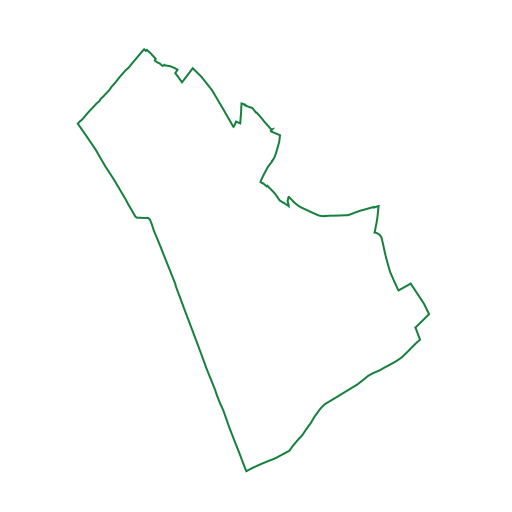 outline of Rafah, Gaza Strip, Palestine, rotated 356°
{"feature_id": "87354302B11532502248212", "entity_name": "Rafah", "entity_type": "district", "adm_level": 2, "iso_a3": "PSE", "parent_name": "Palestine", "parent_adm1": "Gaza Strip", "projection": "robinson", "projection_center": [34.269, 31.284], "detail": "fine", "context": "isolated", "style": "outline", "palette": "green", "viewbox_px": 512, "rotation_deg": 356, "n_neighbors": 0, "source": "geoboundaries", "source_scale": "gbopen_adm2", "svg_char_len": 5841}
<svg xmlns="http://www.w3.org/2000/svg" viewBox="0 0 512 512"><g transform="rotate(356 256 256)"><path d="M165.3,46.7L164.7,46.1L163.9,45.3L163.0,44.5L162.4,43.8L161.4,42.7L160.9,43.0L160.5,43.5L160.3,43.7L158.8,42.0L155.6,45.1L151.8,49.1L146.3,54.7L144.4,56.7L143.1,58.3L141.0,60.1L139.0,61.5L137.2,63.3L132.3,68.2L129.5,71.3L125.9,75.1L123.6,77.2L122.6,78.6L121.0,80.5L119.0,82.3L116.9,84.2L114.7,86.3L112.8,87.7L111.7,88.9L110.9,90.1L109.9,91.1L108.8,91.8L107.7,92.6L104.9,95.3L101.0,98.8L97.7,102.0L94.5,105.3L91.2,108.5L90.4,108.9L89.1,110.0L87.4,111.5L94.5,123.3L103.4,138.6L111.9,156.0L114.1,159.9L114.5,160.6L120.0,170.6L130.1,190.8L132.1,195.4L138.5,208.4L139.7,209.4L146.6,210.2L150.3,210.4L150.8,210.5L151.3,210.7L152.7,212.2L154.2,216.8L155.8,223.3L160.1,236.1L161.5,240.4L161.6,240.6L161.9,241.6L163.7,247.4L163.8,247.7L163.9,248.1L166.8,257.1L167.7,259.9L167.8,260.0L168.0,260.8L169.3,264.8L169.5,265.3L169.7,266.1L171.0,270.3L171.3,271.0L171.6,272.1L173.4,277.7L174.0,280.8L174.3,282.0L174.6,283.0L174.7,283.3L179.5,299.5L179.9,301.0L184.4,315.9L191.6,340.0L195.8,354.3L198.4,363.6L202.1,375.0L202.4,375.8L206.0,387.1L207.2,391.9L209.8,400.2L212.6,407.7L217.3,424.8L221.3,437.8L225.7,451.6L228.7,461.7L230.6,467.8L231.4,470.0L237.6,467.2L246.7,463.8L253.0,461.7L261.3,459.1L266.8,456.6L273.7,453.5L275.7,452.6L279.4,448.1L284.2,443.1L289.9,437.7L293.2,433.4L299.1,426.3L303.2,420.3L308.5,414.0L310.7,411.7L314.5,408.5L324.2,403.6L348.7,390.9L359.7,383.3L364.4,381.1L370.9,378.9L376.7,376.1L382.4,373.6L386.5,371.7L389.3,370.3L394.6,367.1L400.5,362.1L404.2,358.8L407.2,356.2L410.7,353.2L413.8,350.9L410.3,339.3L410.0,338.5L410.2,338.4L424.6,326.1L420.2,315.3L408.4,294.3L396.7,299.9L395.8,300.3L395.4,299.5L394.1,296.2L393.1,293.6L391.2,288.4L389.6,283.9L388.9,282.0L388.7,281.4L388.6,280.8L388.4,280.1L388.3,279.6L387.1,274.0L386.4,270.4L386.1,268.9L385.8,267.6L385.6,266.3L385.4,265.1L384.7,261.1L384.6,260.2L384.5,259.2L384.3,258.4L384.2,257.4L383.5,252.6L383.1,250.2L382.9,249.2L382.8,248.1L382.7,247.7L382.6,247.2L382.6,246.8L382.5,246.6L382.3,246.0L382.1,245.6L381.9,245.2L381.7,244.9L381.5,244.5L381.2,244.1L380.9,243.8L380.7,243.5L380.4,243.2L380.1,242.9L379.7,242.6L379.3,242.3L379.0,242.1L378.7,241.9L378.3,241.7L378.0,241.5L377.7,241.4L377.3,241.3L377.0,241.1L376.4,240.9L375.9,240.8L376.7,238.3L377.3,236.0L377.9,233.6L378.6,231.3L379.1,228.9L379.7,226.5L380.2,223.7L380.7,220.8L381.2,217.9L381.7,215.0L381.8,214.7L381.7,214.7L381.2,214.8L380.1,215.1L379.0,215.4L377.0,215.9L376.8,215.3L362.3,218.3L358.2,219.5L357.8,219.6L350.8,221.7L350.2,221.7L348.0,221.6L345.8,221.5L344.1,221.5L342.4,221.4L340.8,221.4L339.1,221.3L336.6,221.2L334.7,221.1L333.2,221.0L328.2,220.9L327.7,220.8L327.6,221.1L327.1,221.0L326.4,221.0L325.8,220.9L324.9,220.8L324.2,220.7L323.5,220.5L322.8,220.4L322.3,220.2L321.9,220.1L321.5,219.9L321.1,219.8L320.7,219.6L320.0,219.3L319.5,219.0L319.2,218.8L318.3,218.3L317.1,217.7L316.1,217.1L315.2,216.7L314.5,216.3L313.5,215.8L312.5,215.2L311.6,214.6L311.4,214.5L310.9,214.3L309.7,213.6L307.1,212.2L304.8,210.9L303.9,210.4L303.3,210.0L302.7,209.5L302.0,209.0L301.7,208.8L301.0,208.2L300.4,207.6L299.6,206.9L298.9,206.2L298.1,205.5L297.5,204.7L296.8,204.0L296.2,203.2L294.0,200.6L292.9,199.3L292.7,199.4L292.6,199.5L292.4,199.8L292.1,201.0L291.8,202.0L291.7,202.3L291.5,202.8L291.5,203.0L291.4,203.3L291.4,203.5L291.4,203.8L291.4,204.0L291.7,205.0L291.8,205.7L291.9,206.5L292.1,207.2L292.1,207.6L292.1,208.0L292.1,208.5L292.0,208.4L291.9,208.3L290.7,207.4L289.8,206.7L288.4,205.6L286.2,204.2L283.5,202.2L282.8,201.0L282.2,200.1L281.2,198.2L280.2,196.7L279.9,196.0L277.9,193.4L272.2,186.7L271.5,187.3L270.1,185.9L269.5,185.3L269.2,185.0L269.0,184.8L268.9,184.7L268.7,184.6L268.5,184.4L268.3,184.3L267.5,183.8L267.5,183.6L267.4,183.6L267.2,183.5L266.9,183.4L266.6,183.3L266.4,183.1L266.2,182.9L265.6,182.4L267.1,179.5L268.5,176.9L269.7,174.9L270.0,174.4L270.8,173.1L271.1,172.7L271.6,171.8L273.1,169.5L273.4,169.0L273.4,168.9L273.8,168.3L274.0,168.1L274.2,167.8L274.8,167.0L275.2,166.7L275.6,166.2L277.1,164.5L278.7,162.7L278.6,162.3L278.9,162.1L279.2,161.7L279.7,161.1L280.2,160.5L280.6,159.9L280.9,159.5L281.2,159.0L281.4,158.6L281.6,158.2L281.8,157.8L282.7,155.8L283.2,154.5L284.5,151.0L284.9,150.0L286.1,146.6L286.4,145.8L286.7,144.9L287.0,144.0L287.2,143.1L287.6,141.4L287.7,140.5L287.9,139.7L288.4,137.2L286.2,136.1L283.1,134.5L280.2,133.1L279.5,132.3L280.9,131.0L281.2,130.7L280.6,130.8L280.3,130.7L280.0,130.5L279.7,130.4L279.3,130.0L279.0,129.5L278.4,128.7L277.7,127.7L277.1,126.9L276.5,126.3L276.2,125.7L275.4,124.8L274.7,123.9L273.9,122.9L273.3,122.1L271.8,119.8L270.2,117.6L267.4,114.0L266.9,113.2L266.7,113.1L266.4,113.1L266.2,113.1L264.6,110.9L263.8,109.7L263.3,109.0L262.8,108.2L262.7,108.2L262.2,107.9L261.8,107.7L261.5,107.6L261.2,107.5L260.8,107.5L260.7,107.4L255.4,104.9L255.7,104.2L252.2,102.8L252.0,104.5L251.7,106.5L251.5,108.5L251.3,110.5L251.0,112.5L250.0,119.2L249.9,119.7L249.8,120.9L249.6,122.0L249.5,122.6L245.4,120.5L244.6,122.3L242.9,125.3L242.5,125.6L242.1,124.9L231.7,103.5L223.5,87.2L213.9,73.2L206.0,64.3L194.3,77.6L190.8,71.8L188.2,68.0L188.9,67.1L189.7,66.0L190.2,65.4L190.7,64.6L187.7,62.8L185.4,61.5L183.6,60.7L182.0,60.3L181.8,60.2L181.5,60.1L181.2,60.0L180.9,60.0L180.2,59.9L179.5,59.8L179.3,59.8L179.2,59.8L179.1,59.7L178.9,59.7L178.6,59.4L178.4,59.3L178.3,59.2L177.9,58.9L177.7,59.1L177.4,59.3L177.0,59.5L176.8,59.5L176.5,59.7L176.2,59.7L176.0,59.8L175.8,59.8L175.1,58.9L174.1,58.0L173.8,57.7L173.6,57.4L173.4,57.2L173.1,57.0L173.0,56.9L172.0,56.5L171.5,56.2L170.9,55.8L170.7,55.7L170.4,55.5L170.2,55.4L170.1,55.2L169.1,54.3L169.1,54.2L168.9,54.1L168.7,53.8L168.7,53.7L168.8,53.5L168.9,53.4L169.3,52.9L169.7,52.3L168.7,51.0L167.1,49.1L166.9,48.8L166.6,48.5L166.3,48.1L165.8,47.3L165.5,47.0L165.3,46.7Z" fill="none" stroke="#15803d" stroke-width="2"/></g></svg>